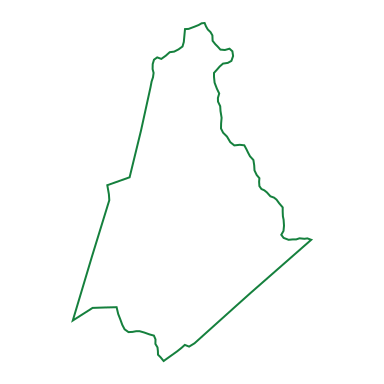 the district of Japaratuba, Sergipe, Brazil
{"feature_id": "56859067B26587799955624", "entity_name": "Japaratuba", "entity_type": "district", "adm_level": 2, "iso_a3": "BRA", "parent_name": "Brazil", "parent_adm1": "Sergipe", "projection": "natural_earth1", "projection_center": [-36.885, -10.536], "detail": "fine", "context": "isolated", "style": "outline", "palette": "green", "viewbox_px": 384, "rotation_deg": 0, "n_neighbors": 0, "source": "geoboundaries", "source_scale": "gbopen_adm2", "svg_char_len": 1567}
<svg xmlns="http://www.w3.org/2000/svg" viewBox="0 0 384 384"><path d="M72.8,320.5L92.6,307.9L104.4,307.5L116.6,307.2L118.2,314.0L120.2,319.1L122.3,324.9L124.6,329.3L128.5,332.1L132.5,331.9L136.2,331.2L139.6,331.2L144.2,332.5L149.5,334.4L153.9,335.6L155.5,339.4L155.4,343.9L157.5,347.4L157.9,351.1L158.0,354.7L160.6,357.3L163.6,361.0L177.2,351.3L181.7,347.7L184.8,344.9L189.1,346.6L194.5,343.3L237.1,305.0L250.4,293.1L311.2,239.8L307.4,238.4L304.4,238.8L299.5,238.3L296.2,239.4L292.8,239.4L288.6,239.8L283.6,237.9L281.3,234.8L283.5,230.9L284.0,225.7L283.6,219.7L282.9,216.3L282.7,211.7L282.7,207.4L279.2,203.3L276.5,199.6L274.0,197.6L270.4,196.3L266.9,192.4L264.3,190.3L261.4,189.0L259.4,186.1L259.1,181.8L259.4,178.2L256.7,175.0L254.5,170.4L254.2,165.3L253.4,160.0L250.0,156.3L248.2,152.9L246.4,149.2L244.3,145.3L239.8,144.8L234.3,145.4L230.3,142.2L227.0,136.6L223.1,132.7L221.0,128.5L221.1,123.5L221.6,117.8L220.5,111.0L220.2,106.2L218.0,101.6L217.9,98.0L219.2,93.5L216.9,88.7L214.6,82.7L214.0,76.9L214.0,72.9L217.1,69.5L219.7,66.5L223.0,63.6L227.8,62.9L231.4,60.9L233.1,56.0L232.4,51.3L229.5,48.7L224.9,50.0L220.4,49.6L217.6,46.5L215.3,44.2L212.6,40.8L212.4,35.4L210.5,32.1L207.8,29.5L206.0,26.4L204.6,23.0L201.6,23.3L198.7,25.0L194.5,26.7L188.6,28.9L185.0,29.1L183.8,42.0L182.5,46.5L178.5,49.4L174.2,51.6L169.7,52.2L165.8,55.7L161.3,58.9L157.2,57.4L154.0,59.7L152.7,64.1L152.6,69.1L153.6,72.9L153.0,77.3L151.6,81.5L150.5,87.3L141.0,130.6L129.6,177.3L107.3,185.2L108.9,194.3L109.3,200.2L91.9,256.7L72.8,320.5Z" fill="none" stroke="#15803d" stroke-width="2"/></svg>